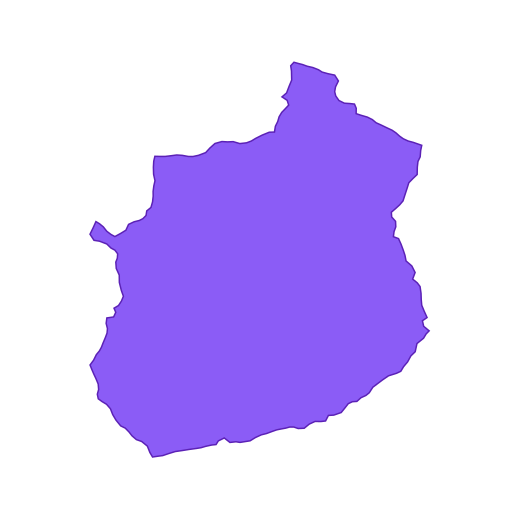 Morro do Pilar, Minas Gerais, Brazil, rotated 346°
{"feature_id": "56859067B30206085478303", "entity_name": "Morro do Pilar", "entity_type": "district", "adm_level": 2, "iso_a3": "BRA", "parent_name": "Brazil", "parent_adm1": "Minas Gerais", "projection": "orthographic", "projection_center": [-43.405, -19.218], "detail": "fine", "context": "isolated", "style": "filled", "palette": "violet", "viewbox_px": 512, "rotation_deg": 346, "n_neighbors": 0, "source": "geoboundaries", "source_scale": "gbopen_adm2", "svg_char_len": 2961}
<svg xmlns="http://www.w3.org/2000/svg" viewBox="0 0 512 512"><g transform="rotate(346 256 256)"><path d="M109.0,183.9L104.5,189.6L100.2,194.7L102.6,201.6L107.6,203.7L114.1,208.2L117.2,213.2L120.5,216.2L122.3,220.4L120.9,224.6L118.5,228.0L117.4,234.3L118.7,241.4L117.0,248.6L117.0,256.7L117.6,263.0L114.5,267.2L110.6,270.8L105.6,272.3L106.3,276.7L103.1,280.7L96.3,280.0L94.3,285.1L94.3,290.5L92.8,294.8L90.1,298.7L86.5,303.5L83.9,307.2L81.0,310.3L77.3,313.0L73.2,317.8L68.6,321.6L69.3,326.7L70.1,331.5L71.0,336.0L71.9,342.0L71.0,347.5L68.6,351.7L68.4,356.4L71.4,360.0L75.1,363.7L77.8,369.0L78.6,375.2L80.4,381.3L83.6,388.1L87.5,391.4L90.2,396.0L92.2,400.5L95.5,405.2L100.2,408.3L104.6,414.2L105.5,421.0L107.0,426.0L113.0,426.6L117.2,427.1L123.2,426.6L130.4,426.2L137.2,426.9L144.3,427.5L151.5,428.3L156.3,428.7L161.1,428.5L167.4,428.7L171.6,429.3L174.7,426.3L181.2,424.9L185.6,430.6L191.6,431.4L195.4,433.0L200.0,433.4L205.6,433.9L211.5,432.0L217.9,430.8L223.3,430.8L228.7,430.2L234.0,429.7L238.4,429.9L243.1,430.2L247.3,430.1L251.3,431.1L255.2,433.6L261.1,434.8L267.0,432.0L273.3,430.8L278.8,432.3L283.6,432.9L287.7,428.2L293.0,429.2L300.8,428.5L305.2,425.2L309.8,421.6L314.3,420.7L318.7,421.5L323.6,418.9L328.9,417.9L332.8,416.1L337.6,411.6L343.7,409.0L348.9,406.8L355.6,404.3L364.0,403.8L368.6,402.9L372.4,399.1L377.5,395.4L382.1,390.4L387.3,387.4L391.0,379.9L398.7,376.3L402.2,372.8L405.9,370.5L401.7,364.8L401.8,359.1L407.1,357.1L405.8,350.0L404.9,343.9L405.8,338.2L407.1,332.1L407.8,325.3L406.0,321.1L402.4,316.3L406.4,310.5L404.8,303.4L400.4,297.1L400.7,291.4L400.3,286.0L399.6,279.7L398.5,273.6L394.0,270.5L395.8,265.8L398.7,261.5L399.8,256.1L397.1,251.0L397.9,246.3L403.4,243.5L407.8,241.1L412.0,238.1L415.2,232.9L419.2,226.5L422.0,221.9L427.0,218.8L432.1,215.9L434.0,208.9L436.0,203.5L439.3,199.5L441.3,193.5L443.6,188.7L436.1,183.8L431.4,181.2L427.3,177.9L424.3,174.4L421.6,170.4L418.5,166.9L413.8,163.1L409.0,159.1L404.8,155.8L401.9,151.8L397.7,148.2L391.7,144.7L387.6,142.1L389.0,136.9L388.3,132.4L384.3,130.9L378.7,129.1L374.1,125.2L372.1,120.0L372.1,115.6L374.1,111.1L378.3,106.1L376.1,99.5L369.9,96.5L364.6,93.5L361.7,90.4L356.8,86.9L351.5,84.2L347.5,81.5L343.4,79.3L339.7,77.2L335.7,79.8L335.2,85.0L334.2,89.4L333.2,93.9L329.2,99.3L325.1,105.2L319.7,107.9L323.9,112.5L324.2,117.5L319.7,120.4L315.7,122.9L312.1,126.5L309.6,130.8L306.2,134.8L303.9,140.2L298.8,139.1L291.2,140.2L284.1,141.8L279.3,143.3L274.2,143.9L267.5,143.0L261.5,139.5L256.0,138.4L250.6,136.7L243.4,136.9L237.5,140.0L232.2,143.5L224.6,144.4L218.8,144.2L214.3,143.0L208.8,140.5L203.5,138.8L197.3,138.1L191.9,137.4L187.1,136.2L182.0,134.8L179.7,139.3L177.9,145.1L176.4,151.9L176.2,158.5L173.8,163.3L171.8,168.4L170.7,173.1L168.7,178.5L165.8,183.5L160.9,185.8L159.1,190.1L155.3,192.4L151.4,193.3L146.0,193.3L140.0,194.5L136.0,199.5L130.3,201.3L123.8,203.0L120.5,200.0L117.2,195.9L114.9,190.8L112.0,186.9L109.0,183.9Z" fill="#8b5cf6" stroke="#5b21b6" stroke-width="1.5"/></g></svg>